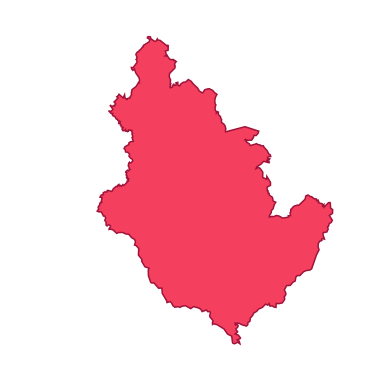 Pihuamo, Jalisco, Mexico, rotated 317°
{"feature_id": "50627088B45338905854221", "entity_name": "Pihuamo", "entity_type": "district", "adm_level": 2, "iso_a3": "MEX", "parent_name": "Mexico", "parent_adm1": "Jalisco", "projection": "mercator", "projection_center": [-103.387, 19.169], "detail": "fine", "context": "isolated", "style": "filled", "palette": "rose", "viewbox_px": 384, "rotation_deg": 317, "n_neighbors": 0, "source": "geoboundaries", "source_scale": "gbopen_adm2", "svg_char_len": 6059}
<svg xmlns="http://www.w3.org/2000/svg" viewBox="0 0 384 384"><g transform="rotate(317 192 192)"><path d="M123.5,335.7L124.8,333.4L124.2,331.0L127.2,332.1L127.9,331.8L128.3,328.3L126.7,325.2L129.8,325.5L130.3,325.0L130.0,323.5L130.6,322.2L133.3,322.0L134.6,321.2L134.8,319.5L133.1,318.8L134.1,317.3L136.9,320.2L138.1,323.4L140.4,327.2L142.3,327.1L143.9,325.6L146.1,326.1L148.9,323.9L152.1,323.7L154.5,322.6L157.9,323.4L160.8,323.0L164.7,324.4L169.4,324.2L170.2,326.4L172.3,326.2L171.2,328.7L173.1,330.0L173.4,331.9L174.7,333.7L177.5,331.0L179.8,333.2L182.5,334.7L186.0,333.9L187.0,333.4L187.9,331.6L189.8,331.4L191.5,330.3L192.8,326.6L197.4,325.0L200.1,327.3L204.2,326.8L206.7,327.5L209.9,325.1L211.9,324.9L213.9,326.7L219.1,326.4L221.8,327.3L225.3,329.6L227.1,329.8L240.1,322.9L245.4,321.0L247.0,317.9L249.0,316.0L251.5,315.1L254.0,316.0L254.5,315.0L255.5,314.9L256.7,316.8L258.9,312.2L260.4,311.3L263.4,313.2L266.3,312.0L267.3,309.9L268.4,310.2L270.8,308.7L273.0,309.2L275.3,308.5L276.5,302.8L280.1,303.5L282.8,300.9L282.5,298.1L285.6,294.5L285.7,293.7L284.5,292.9L278.3,293.2L279.0,292.4L278.3,292.0L279.8,291.1L278.6,290.9L279.2,290.4L279.1,289.1L277.4,286.7L277.4,285.5L278.1,285.6L278.7,283.8L277.3,283.2L278.2,281.9L276.7,280.2L276.3,276.9L275.5,276.2L274.8,273.3L272.6,272.5L269.7,274.4L260.8,274.5L260.2,273.5L257.1,272.0L254.7,271.9L253.4,272.5L252.5,272.0L250.6,273.9L249.6,274.0L247.9,276.5L246.2,275.0L245.3,276.1L240.5,272.9L239.4,269.2L237.7,266.7L234.9,265.7L233.7,264.2L231.4,263.1L232.5,262.1L235.7,261.2L237.4,259.8L240.0,259.5L243.5,257.4L246.3,256.6L245.2,253.9L247.2,250.8L246.4,246.8L247.5,245.6L246.9,244.9L248.4,243.0L247.9,242.5L250.1,239.7L254.0,240.6L256.0,238.5L257.4,231.6L255.3,233.5L253.6,229.6L257.3,225.8L258.0,221.1L257.1,219.1L254.8,218.6L256.6,217.7L261.4,218.7L265.3,218.4L268.2,223.1L269.0,222.9L268.2,219.9L269.0,219.8L270.4,221.2L271.5,220.8L270.2,219.1L270.7,218.4L271.9,218.2L273.7,219.8L274.1,219.3L274.6,218.1L274.1,216.6L275.2,213.0L275.2,208.3L275.8,207.0L274.1,205.5L274.1,204.4L272.3,201.9L272.3,200.8L266.3,197.8L266.8,195.5L265.9,193.1L266.6,192.0L266.0,190.8L266.4,189.8L267.0,190.0L268.0,192.3L270.7,194.6L272.0,194.7L272.6,194.0L273.7,194.3L275.9,192.8L277.3,194.4L280.3,194.2L282.3,193.0L275.3,180.4L257.6,170.9L259.1,169.1L259.8,169.0L261.4,165.9L261.6,163.7L261.0,161.2L263.2,159.0L263.1,157.8L264.2,156.5L264.1,153.9L265.1,152.0L265.8,151.7L265.4,150.5L263.8,150.8L264.5,150.1L265.0,147.8L266.4,146.0L268.9,144.6L269.0,143.2L271.4,140.3L274.2,138.5L276.9,137.6L276.3,135.0L276.4,131.6L275.0,128.1L273.3,127.0L270.9,125.9L267.5,126.8L267.0,126.1L266.2,123.2L267.0,119.9L266.6,113.9L266.9,110.5L266.0,107.2L262.5,107.3L260.3,105.7L256.8,105.3L256.0,106.1L255.2,105.9L254.5,104.4L256.4,102.1L255.2,101.4L254.6,101.2L254.4,102.2L252.9,102.9L252.0,102.1L252.3,100.8L251.7,100.5L249.4,101.8L247.3,101.1L247.5,100.1L249.0,99.7L249.2,98.5L250.4,98.4L250.7,97.2L252.8,95.4L253.5,93.0L254.8,91.3L256.6,90.0L264.0,89.7L265.7,88.3L265.6,87.5L267.8,85.9L269.4,86.0L269.3,84.5L268.3,83.3L268.9,82.6L266.7,80.6L266.3,79.3L266.7,76.0L265.3,74.3L267.1,74.8L267.0,73.7L268.8,70.7L271.1,72.1L274.3,68.9L273.5,68.7L273.9,67.9L273.3,67.7L272.1,59.4L270.8,57.7L271.1,56.3L269.1,57.1L267.8,56.7L267.2,55.5L266.5,51.8L267.4,50.2L266.4,48.8L265.2,48.3L264.4,48.9L265.2,51.9L263.0,52.9L256.4,51.6L255.5,52.6L254.9,52.2L251.4,52.7L250.0,52.4L248.7,53.1L247.7,52.4L246.1,52.6L244.8,53.1L243.4,56.4L241.4,57.0L241.5,58.3L240.0,59.7L233.8,60.9L232.6,59.5L231.7,61.1L231.7,62.7L233.8,62.9L232.1,66.5L231.1,72.7L229.4,75.0L227.4,75.4L227.6,76.1L226.9,75.7L222.8,76.7L218.0,76.2L214.9,78.4L214.3,79.6L211.7,80.2L211.2,80.9L208.9,79.8L206.8,80.1L208.1,79.5L207.1,78.6L207.5,76.9L209.0,74.9L205.8,76.2L205.3,70.7L203.9,71.2L201.9,71.0L202.0,72.8L196.4,73.0L196.3,75.4L194.2,76.2L194.3,75.6L191.7,74.9L191.6,73.1L191.1,73.1L190.6,77.6L188.5,77.8L187.0,77.1L186.4,75.6L186.4,79.1L187.6,80.5L186.4,81.0L186.2,82.5L187.0,84.2L186.4,87.1L187.1,88.0L186.6,89.0L187.3,91.0L186.6,90.6L185.2,91.9L186.5,92.7L185.3,94.0L185.8,95.0L184.7,96.0L185.6,97.9L183.7,98.2L183.3,100.1L184.8,101.4L185.6,101.0L185.1,102.5L186.2,102.8L185.9,103.8L186.9,104.3L188.0,103.5L190.0,106.0L189.1,106.3L188.7,108.5L187.7,108.5L186.4,111.4L185.3,111.2L183.6,114.9L181.2,113.3L179.4,113.0L178.2,114.2L173.8,113.2L171.9,113.9L172.1,115.3L170.7,117.4L172.1,119.1L172.1,121.2L171.9,122.0L170.3,122.8L170.1,125.5L170.7,127.0L169.9,128.8L167.9,129.1L166.2,128.4L166.5,127.6L165.3,127.8L163.1,129.5L163.0,130.6L161.8,132.3L162.1,133.3L160.0,133.2L159.8,132.1L157.8,131.9L156.9,132.5L157.4,133.5L155.5,134.5L155.5,136.1L154.0,136.6L153.7,138.2L154.5,137.8L154.8,139.0L152.7,140.6L151.9,139.8L150.9,140.6L147.2,140.8L146.4,140.4L146.5,139.4L144.2,139.7L144.0,138.0L143.1,137.9L143.7,136.6L142.2,136.5L141.3,137.2L140.5,136.2L137.0,135.9L133.7,136.9L131.6,133.4L131.0,133.1L129.8,133.9L128.0,132.3L126.3,132.1L125.6,133.4L123.4,132.3L121.2,133.0L122.5,134.6L119.7,136.7L119.2,137.8L118.6,138.1L118.0,137.1L116.6,137.6L115.0,138.9L114.1,138.6L112.7,139.4L112.0,141.0L109.6,141.3L110.1,142.7L112.1,144.8L110.8,149.2L111.7,149.8L111.6,151.1L110.8,152.3L108.8,153.3L108.6,155.4L106.6,157.6L106.7,158.9L108.6,158.9L109.4,161.0L108.5,161.9L106.7,162.1L105.8,162.8L107.0,163.5L108.4,165.9L108.7,170.9L110.7,171.6L113.6,174.2L115.0,177.6L116.9,179.8L116.7,184.5L117.5,186.6L117.5,188.4L116.3,190.2L113.8,191.6L114.6,193.1L114.5,197.0L109.8,201.6L109.4,206.5L109.0,207.7L108.0,208.2L106.7,213.9L106.6,214.8L108.6,218.4L106.7,219.3L102.9,223.7L100.2,229.9L100.4,230.9L102.2,232.7L101.9,239.5L104.4,241.7L101.1,245.9L99.3,254.2L98.3,255.8L101.2,257.2L101.4,259.2L100.5,262.1L100.9,264.6L103.6,266.4L104.7,268.3L106.7,268.7L109.7,270.7L111.5,276.4L115.0,276.9L118.0,281.8L118.4,284.1L117.9,286.4L122.0,288.1L121.9,290.2L123.5,291.7L123.2,292.8L120.5,294.6L119.9,295.7L119.6,300.7L118.1,301.2L116.7,302.9L118.0,303.2L119.9,306.2L122.0,314.0L121.1,320.1L122.7,324.5L118.9,329.8L118.8,330.7L119.6,332.0L122.9,333.0L123.5,335.7Z" fill="#f43f5e" stroke="#9f1239" stroke-width="1.5"/></g></svg>